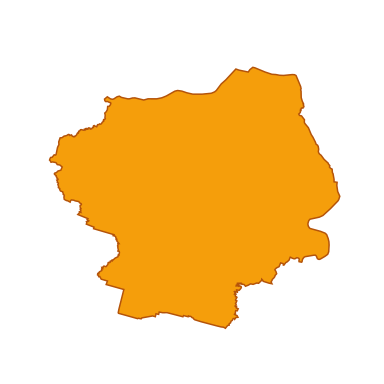 outline of Tha Phae, Satun, Thailand, rotated 191°
{"feature_id": "78962969B83222523917082", "entity_name": "Tha Phae", "entity_type": "district", "adm_level": 2, "iso_a3": "THA", "parent_name": "Thailand", "parent_adm1": "Satun", "projection": "mercator", "projection_center": [99.941, 6.801], "detail": "fine", "context": "isolated", "style": "filled", "palette": "amber", "viewbox_px": 384, "rotation_deg": 191, "n_neighbors": 0, "source": "geoboundaries", "source_scale": "gbopen_adm2", "svg_char_len": 5976}
<svg xmlns="http://www.w3.org/2000/svg" viewBox="0 0 384 384"><g transform="rotate(191 192 192)"><path d="M313.6,159.6L312.7,159.7L309.7,158.8L309.5,160.4L308.9,161.2L306.4,161.4L305.0,161.0L301.2,161.0L300.4,160.0L298.6,159.4L298.2,158.9L298.3,158.3L299.1,157.6L299.3,157.1L298.6,155.2L297.9,154.7L298.5,153.8L297.8,153.3L297.5,152.0L298.3,151.5L297.5,150.8L298.7,150.8L298.5,150.2L299.8,148.1L289.1,146.0L289.7,144.9L287.8,144.0L288.3,143.3L289.0,143.4L290.0,142.7L289.4,141.9L289.6,140.3L281.5,138.8L281.6,137.2L260.3,135.2L260.2,134.7L260.8,134.1L259.3,134.0L258.3,133.4L257.9,132.2L257.2,131.8L257.4,130.8L256.5,130.6L256.4,129.6L253.8,127.4L254.9,127.1L254.5,125.8L254.8,124.9L254.2,124.1L254.2,123.2L253.3,121.3L253.5,119.9L252.1,119.8L251.6,118.5L251.7,116.8L252.2,116.6L251.7,116.0L252.4,115.5L252.3,114.4L254.9,112.4L256.5,110.2L257.2,110.1L257.2,109.2L258.0,109.4L258.2,108.9L259.0,108.5L258.8,107.8L259.1,107.2L259.5,107.0L259.7,107.3L260.8,106.7L260.8,104.8L262.0,102.5L262.4,102.3L264.3,102.5L265.0,101.8L264.9,100.7L266.1,100.7L265.4,99.6L265.8,99.6L266.1,99.1L265.6,97.7L267.7,95.9L267.7,95.4L268.4,94.7L268.1,94.3L268.8,94.2L269.0,93.8L268.9,92.6L268.0,92.4L268.1,92.1L267.2,91.0L266.4,91.4L264.5,89.1L258.0,88.5L258.6,84.8L240.3,83.3L241.4,62.8L241.4,59.5L241.0,58.9L221.2,57.3L220.6,57.8L217.7,57.8L217.1,58.9L207.0,62.8L204.2,62.6L204.1,65.6L201.4,65.5L201.3,67.9L197.7,67.9L193.5,68.8L177.1,67.8L176.7,69.1L172.0,68.8L171.9,69.7L170.4,69.4L169.6,69.7L168.8,69.4L168.2,68.8L166.8,68.5L166.1,67.7L164.9,67.1L158.4,66.4L142.0,65.3L137.7,65.1L135.2,65.3L133.2,64.6L131.8,67.3L130.9,68.2L130.2,68.3L130.3,69.9L129.2,70.9L129.0,72.7L128.0,73.6L127.4,75.6L126.4,75.9L125.8,75.2L125.0,77.1L123.0,77.8L124.2,79.3L125.5,79.5L126.0,80.1L126.5,79.8L127.0,80.1L126.2,81.4L126.5,82.0L126.5,83.9L124.9,84.0L124.4,86.2L126.2,86.5L126.4,88.0L127.1,87.6L127.8,88.0L127.9,88.3L127.3,88.5L127.2,90.0L128.1,91.1L127.7,91.5L127.2,93.7L128.5,94.0L128.7,94.3L127.8,97.2L128.3,97.6L129.3,97.5L129.7,99.0L130.9,99.7L130.6,100.6L130.0,100.0L129.4,100.2L131.4,102.3L130.8,102.7L129.8,102.1L129.4,102.4L128.3,102.3L128.3,102.8L129.0,103.0L129.5,104.4L126.9,104.5L125.6,106.7L125.4,108.0L125.9,108.7L127.6,108.7L128.0,109.4L128.5,109.2L128.4,108.4L129.8,108.6L130.7,108.2L130.8,109.0L129.7,109.8L130.1,111.0L129.4,111.3L128.6,110.2L128.0,110.9L128.0,111.5L126.4,111.8L126.2,110.9L125.5,111.4L125.0,111.0L123.2,111.1L121.5,109.7L119.1,111.2L117.0,113.0L114.4,113.0L111.1,115.0L109.2,115.1L106.8,118.5L106.9,119.7L106.0,119.1L105.1,117.9L98.9,117.2L96.0,117.2L97.1,118.7L97.1,119.3L96.6,120.3L96.5,121.5L95.4,123.0L94.6,124.6L94.5,125.9L93.3,127.9L94.5,130.1L95.8,131.4L95.8,131.8L94.6,133.6L92.3,135.3L91.5,139.3L89.0,139.1L88.5,138.7L88.5,137.8L87.9,137.7L86.4,140.7L85.2,141.6L83.7,143.7L83.2,146.7L82.8,146.8L81.3,146.2L79.1,145.9L78.2,146.1L76.6,147.5L75.4,147.5L74.4,147.2L73.9,146.6L73.9,144.8L73.6,144.0L71.1,144.0L70.7,144.4L70.7,146.5L70.4,147.7L69.5,149.4L68.6,150.1L60.1,153.3L58.7,153.5L57.7,152.8L56.2,150.5L55.2,150.1L54.3,150.1L53.3,150.6L49.2,154.2L46.9,156.7L46.4,159.4L47.3,166.1L48.1,169.3L49.5,172.4L51.7,175.9L53.5,177.0L58.3,177.9L68.8,178.7L69.7,179.0L71.2,180.5L72.0,182.2L72.2,183.5L71.9,186.2L71.0,187.8L62.2,191.6L59.0,193.9L52.9,202.1L47.1,211.0L46.5,212.6L46.1,216.0L49.1,220.3L51.1,226.1L51.4,229.2L54.5,229.1L55.0,231.6L57.0,236.8L57.9,237.9L58.8,241.2L60.5,241.7L61.8,242.7L61.7,244.1L63.4,245.5L63.8,246.3L68.5,249.2L72.3,252.7L74.1,253.6L75.0,254.5L75.7,255.8L75.8,258.2L76.8,260.8L77.7,261.9L79.3,262.6L80.4,264.5L83.7,268.8L85.9,271.1L90.0,277.3L94.5,281.0L95.1,282.1L95.4,284.4L99.0,287.6L101.1,287.7L102.1,288.9L101.0,290.5L100.8,291.7L101.2,292.3L100.6,292.9L101.2,293.8L100.7,294.1L100.6,295.2L99.1,295.6L99.2,296.1L98.5,296.8L98.5,297.5L99.3,298.6L99.2,299.6L99.8,299.9L99.7,300.3L101.1,302.2L102.8,305.5L104.2,311.9L104.9,313.0L104.6,314.1L105.5,316.3L112.1,326.2L113.7,326.7L116.0,326.4L124.3,323.9L128.3,323.3L132.1,323.3L136.0,322.8L143.1,323.7L153.9,325.9L156.1,326.0L158.5,323.2L159.7,320.5L169.2,320.6L172.4,321.1L180.3,308.4L183.9,303.7L187.5,296.3L188.9,294.6L191.9,292.6L201.0,289.9L209.8,288.2L216.0,288.4L221.2,289.1L225.5,288.9L228.1,287.7L235.6,281.3L239.6,278.7L244.5,276.7L252.9,275.1L256.9,273.1L265.9,273.5L268.2,273.0L271.3,271.5L272.7,271.2L279.3,271.4L281.6,272.2L283.7,271.2L286.6,268.4L287.9,267.8L289.9,267.9L293.3,269.3L295.6,266.5L295.0,265.0L294.0,264.3L292.1,264.7L289.8,264.1L289.0,264.2L288.6,263.5L288.7,262.2L289.6,260.4L291.1,259.9L290.8,256.6L291.6,254.3L292.7,252.8L291.9,251.0L291.6,248.1L291.1,247.4L291.6,246.6L292.5,246.3L292.7,245.5L292.3,245.3L292.2,244.7L293.5,243.2L293.8,242.0L294.6,241.1L295.7,241.2L296.2,240.5L297.5,240.1L298.0,237.9L298.7,238.2L299.7,238.0L300.5,238.6L301.2,238.3L301.4,237.9L301.1,236.5L302.0,236.3L302.4,235.1L303.5,234.4L303.9,234.4L304.3,235.2L305.5,235.3L305.9,235.0L306.2,233.8L306.8,233.7L307.3,234.2L308.0,233.2L308.2,234.0L308.6,233.9L308.7,233.4L309.6,233.1L309.4,232.4L309.7,232.0L312.7,232.1L313.4,231.8L313.5,231.2L314.5,229.9L314.8,229.9L314.7,229.1L315.2,228.7L314.9,228.1L315.8,227.7L316.2,226.0L317.5,224.2L318.0,224.3L318.4,223.6L319.1,223.9L320.0,223.8L321.1,225.0L321.4,224.7L322.1,224.7L322.7,224.2L323.4,224.9L323.9,224.7L324.4,224.9L325.7,223.6L327.6,222.6L328.1,222.6L330.0,220.5L331.8,220.0L332.4,215.7L331.7,213.2L332.5,210.2L332.6,202.7L333.2,202.2L334.4,202.2L335.9,199.4L337.4,198.9L337.9,196.9L337.9,196.1L337.4,195.9L336.1,194.3L334.6,194.9L331.5,194.9L330.9,194.7L329.5,193.2L326.9,193.3L324.2,191.8L324.9,188.4L327.6,187.0L328.8,185.2L330.4,184.3L330.6,183.5L329.7,182.7L328.4,182.2L328.3,181.2L327.4,180.6L327.3,179.9L325.9,179.0L325.9,178.6L327.0,177.9L326.2,177.0L326.1,175.8L324.9,175.3L324.8,174.4L325.1,173.8L324.1,172.1L324.0,170.8L322.5,170.2L322.4,169.2L321.3,167.9L318.9,167.5L318.7,166.8L317.8,165.4L317.9,165.0L317.1,164.7L316.6,163.7L316.8,162.7L316.0,160.4L313.6,159.6Z" fill="#f59e0b" stroke="#b45309" stroke-width="1.5"/></g></svg>